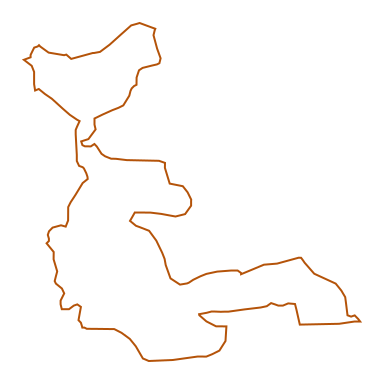 Mahalet Demna, Ad Daqahliyah, Egypt (orthographic projection)
{"feature_id": "37247803B51586038654960", "entity_name": "Mahalet Demna", "entity_type": "district", "adm_level": 2, "iso_a3": "EGY", "parent_name": "Egypt", "parent_adm1": "Ad Daqahliyah", "projection": "orthographic", "projection_center": [31.519, 31.09], "detail": "fine", "context": "isolated", "style": "outline", "palette": "amber", "viewbox_px": 384, "rotation_deg": 0, "n_neighbors": 0, "source": "geoboundaries", "source_scale": "gbopen_adm2", "svg_char_len": 2564}
<svg xmlns="http://www.w3.org/2000/svg" viewBox="0 0 384 384"><path d="M155.3,28.8L139.6,23.0L137.0,23.8L131.2,25.4L120.4,35.0L109.6,44.7L100.0,51.9L94.0,53.0L92.8,53.0L71.2,58.9L66.3,54.6L64.1,55.2L48.6,52.6L40.2,46.5L39.0,45.2L37.8,46.4L36.7,46.8L34.2,47.6L33.0,50.0L30.6,54.9L30.6,57.3L23.9,59.8L31.7,65.8L34.1,71.9L34.1,76.8L34.1,84.1L35.1,90.5L38.8,89.0L44.8,93.9L51.9,98.8L62.7,108.6L69.8,114.8L77.0,119.7L79.6,121.1L76.9,127.0L75.7,129.9L75.7,134.3L76.8,154.9L76.8,161.0L79.1,165.9L82.7,167.2L83.9,168.4L86.3,173.3L87.5,176.9L87.7,179.0L82.7,183.0L75.4,195.0L70.6,202.3L68.2,207.1L68.1,220.5L65.7,226.6L61.0,225.3L52.6,227.6L49.0,231.3L47.8,234.9L48.9,238.6L48.9,241.0L46.6,243.3L53.7,252.0L53.6,259.3L57.2,271.4L55.9,276.3L54.7,281.1L55.9,283.6L61.9,288.5L64.2,293.4L63.0,295.8L60.6,300.6L60.6,304.3L61.8,309.2L69.0,309.2L73.8,305.6L77.3,304.4L80.9,306.9L78.5,320.2L80.9,322.7L82.0,326.3L82.3,327.6L84.4,327.6L86.8,328.8L97.6,328.9L114.3,329.1L121.5,332.8L129.8,338.9L135.8,346.3L142.9,358.5L145.1,359.4L148.8,361.0L172.8,360.0L197.9,356.5L206.3,356.6L209.0,355.5L212.2,354.2L219.4,350.6L225.5,341.0L226.4,326.4L216.0,326.3L206.4,321.4L199.3,315.2L199.1,314.2L206.7,312.8L211.6,311.5L213.7,311.5L220.7,311.8L223.6,311.7L228.1,311.7L244.6,309.4L260.6,307.5L266.8,306.2L271.1,303.1L275.0,304.4L278.3,305.6L282.9,305.6L288.2,303.4L295.0,304.0L296.5,309.9L299.8,324.6L339.1,323.8L354.7,321.5L360.1,321.5L358.3,319.1L354.7,315.4L351.1,316.6L347.5,315.3L346.0,303.1L345.2,297.1L342.7,292.9L341.6,291.0L340.8,289.9L335.7,283.6L314.8,274.0L314.5,273.8L314.2,273.7L304.6,262.7L303.1,260.5L301.1,257.8L298.7,257.7L277.1,263.6L263.9,264.7L254.1,268.8L241.1,274.2L241.1,273.0L237.6,270.5L234.9,270.5L231.6,270.5L217.2,271.6L206.4,273.9L200.4,276.3L193.2,279.8L189.0,282.6L187.2,283.4L180.0,284.6L170.5,278.4L165.7,265.0L164.6,258.9L162.2,252.8L156.3,240.6L149.1,230.8L139.6,227.1L136.0,225.8L130.0,220.9L132.5,216.6L134.8,212.5L150.4,212.6L161.2,213.9L169.9,215.5L175.5,216.5L185.1,214.1L191.1,205.7L191.1,201.1L191.2,199.6L187.6,192.3L182.8,186.2L169.7,183.6L164.9,167.8L165.0,162.9L159.0,160.8L126.7,160.1L115.9,158.8L111.1,158.7L105.1,156.3L101.5,153.8L96.8,146.5L94.4,144.0L90.8,146.4L84.8,146.3L82.4,145.1L81.2,141.4L88.4,139.1L95.6,129.4L94.5,124.6L94.5,119.9L94.5,118.5L102.5,114.6L112.5,110.1L114.1,109.5L118.5,107.8L123.3,105.4L129.3,95.7L130.5,90.9L131.7,88.4L134.1,86.0L136.5,84.8L136.6,77.5L139.0,70.3L142.6,67.9L152.2,65.5L157.0,64.4L159.4,63.2L160.6,58.3L157.1,48.6L153.5,35.2L154.7,30.3L155.3,28.8Z" fill="none" stroke="#b45309" stroke-width="2"/></svg>